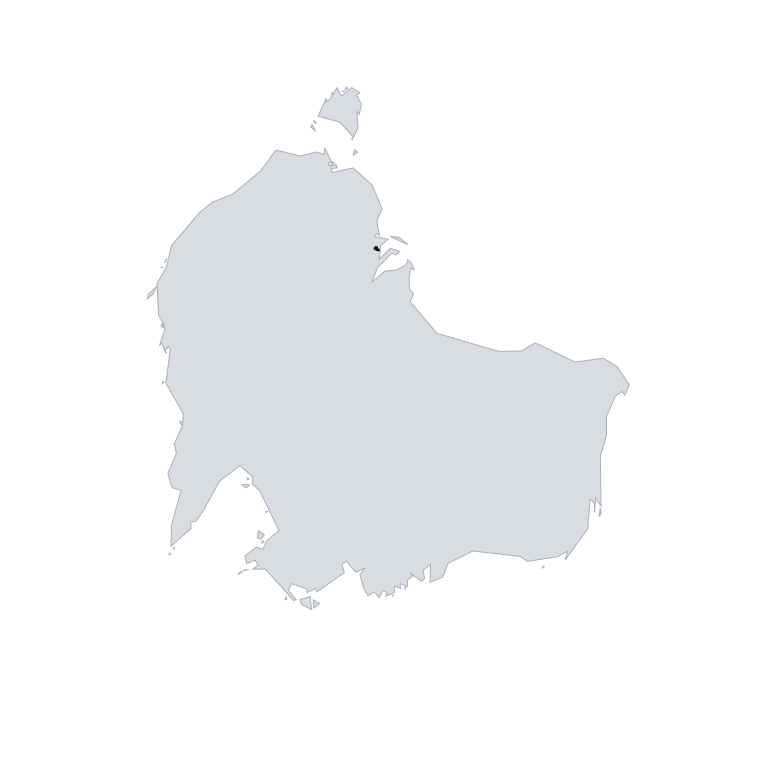 Playford, South Australia, Australia (highlighted), rotated 207°
{"feature_id": "25037944B16955456805205", "entity_name": "Playford", "entity_type": "district", "adm_level": 2, "iso_a3": "AUS", "parent_name": "Australia", "parent_adm1": "South Australia", "projection": "natural_earth1", "projection_center": [138.637, -34.694], "detail": "fine", "context": "in_parent", "style": "filled", "palette": "ink", "viewbox_px": 768, "rotation_deg": 207, "n_neighbors": 0, "source": "geoboundaries", "source_scale": "gbopen_adm2", "svg_char_len": 4923}
<svg xmlns="http://www.w3.org/2000/svg" viewBox="0 0 768 768"><g transform="rotate(207 384 384)"><path d="M509.3,161.6L516.5,197.2L525.6,195.5L535.9,206.1L537.5,227.9L543.5,235.4L544.8,255.7L549.2,266.2L578.8,285.8L590.1,317.9L593.4,319.5L594.1,313.8L600.5,319.6L601.6,316.8L604.0,333.1L607.8,337.9L616.1,343.0L631.9,370.5L630.8,388.9L636.2,411.0L626.4,452.3L620.0,467.4L605.1,484.4L590.6,518.0L586.5,543.3L561.8,549.3L549.3,560.2L541.6,561.1L543.7,567.3L532.0,558.3L533.7,556.2L533.0,553.9L530.8,553.8L526.7,557.8L523.9,555.4L528.8,551.7L526.1,548.8L509.7,562.5L484.6,555.7L465.2,539.1L464.5,526.1L455.4,514.3L459.3,514.7L459.2,511.2L446.0,514.7L449.9,506.0L444.8,493.2L440.0,507.7L430.2,509.2L431.8,504.3L436.4,504.3L442.8,484.4L441.0,469.4L434.4,485.1L424.7,491.1L418.2,500.5L419.2,505.3L415.3,504.7L408.9,499.4L412.8,499.4L410.0,490.1L403.8,479.5L398.7,478.2L397.8,469.0L359.8,453.2L296.3,465.2L276.3,476.0L267.9,489.4L223.7,490.3L200.5,506.4L184.2,505.4L165.2,494.5L164.3,483.4L168.8,485.3L172.3,478.6L171.1,456.2L162.5,439.3L158.5,418.1L135.3,373.8L143.7,378.5L138.1,365.1L142.0,373.0L148.2,375.4L136.8,347.7L142.6,309.5L144.5,318.5L151.2,308.7L175.6,291.2L184.4,292.2L229.1,275.5L245.5,253.3L244.1,238.7L252.9,228.3L260.7,244.5L264.5,235.5L259.5,229.1L260.9,225.1L275.7,227.8L271.0,226.3L274.0,219.9L271.2,214.3L279.1,213.5L276.2,209.3L282.8,208.7L280.4,202.7L286.0,195.8L286.5,199.9L291.1,199.4L291.4,191.7L298.0,194.4L302.1,188.2L309.2,192.5L318.8,203.2L317.3,211.8L323.6,203.6L337.1,209.0L339.8,204.4L333.7,197.9L349.3,168.7L352.4,170.6L357.8,163.3L359.7,166.4L375.9,164.1L375.4,157.0L364.5,151.9L366.2,150.1L405.4,165.1L416.8,159.7L414.0,165.4L418.8,168.5L424.7,161.6L429.9,167.5L423.7,180.5L416.9,181.7L417.3,191.1L411.0,205.8L446.4,232.5L456.1,235.2L459.1,241.6L475.1,246.0L486.6,222.8L487.5,189.0L489.3,176.3L493.4,173.3L490.3,167.5L500.2,143.0L509.3,161.6ZM523.2,590.0L541.9,597.3L564.4,592.7L565.2,612.8L563.8,609.2L561.4,613.5L560.4,626.7L552.6,621.3L547.3,633.4L537.7,632.4L539.7,629.0L531.4,623.3L528.3,613.0L532.0,614.9L523.5,600.6L523.2,590.0ZM346.1,150.2L357.4,150.2L360.9,153.9L353.4,161.2L346.1,150.2ZM426.2,518.9L445.2,518.3L437.1,521.6L426.2,518.9ZM427.0,189.1L429.3,196.4L422.1,195.2L423.3,190.0L427.0,189.1ZM631.0,367.3L630.7,359.0L633.6,352.1L634.7,357.1L631.0,367.3ZM559.6,578.1L565.8,579.8L565.9,582.6L559.6,578.1ZM345.0,152.4L349.0,159.5L341.8,159.1L345.0,152.4ZM516.6,579.3L513.0,578.6L515.0,573.8L516.6,579.3ZM464.9,229.5L461.5,231.7L458.0,232.9L459.7,228.8L464.9,229.5ZM135.2,371.9L132.2,367.8L131.8,364.1L132.2,363.9L135.2,371.9ZM564.4,585.3L566.8,587.2L562.2,585.7L564.4,585.3ZM606.4,334.1L609.0,334.1L608.8,337.8L606.4,334.1ZM545.7,255.4L548.7,257.6L548.2,258.8L545.7,255.4ZM552.2,628.5L552.4,631.8L550.1,630.7L552.2,628.5ZM634.6,392.1L634.7,396.7L634.3,396.6L634.6,392.1ZM374.7,149.9L372.9,147.9L374.1,146.9L374.7,149.9ZM427.2,150.3L424.5,153.9L427.7,147.6L427.2,150.3ZM635.2,386.6L633.9,388.1L634.7,386.5L635.2,386.6ZM431.5,216.8L429.9,217.5L430.8,215.8L431.5,216.8ZM421.4,188.9L419.4,189.3L420.6,187.0L421.4,188.9ZM159.6,291.4L159.1,294.4L158.2,294.1L159.6,291.4ZM496.9,141.3L496.8,143.8L496.0,142.0L496.9,141.3ZM530.8,555.1L531.3,556.6L530.6,556.1L530.8,555.1ZM423.8,155.0L420.1,157.4L423.9,154.3L423.8,155.0ZM280.6,199.1L279.3,200.8L280.1,198.8L280.6,199.1ZM553.6,626.1L552.4,626.8L553.1,625.6L553.6,626.1ZM463.2,238.1L461.2,238.1L462.2,236.6L463.2,238.1ZM273.3,212.2L272.3,213.2L272.2,210.9L273.3,212.2ZM562.9,619.2L561.2,620.2L561.8,618.4L562.9,619.2ZM498.2,134.6L497.9,136.3L496.9,135.5L498.2,134.6ZM529.8,557.1L531.4,558.6L528.8,558.2L529.8,557.1ZM582.4,285.6L581.1,285.7L581.6,283.7L582.4,285.6ZM593.0,313.5L592.3,313.5L592.8,312.0L593.0,313.5ZM524.0,587.5L523.6,588.8L523.2,587.2L524.0,587.5Z" fill="#d9dde1" stroke="#a8b0b8" stroke-width="1"/><path d="M454.0,500.8L453.9,500.8L453.9,500.7L453.7,500.7L453.4,500.6L453.2,500.5L453.2,500.4L453.3,500.4L453.2,500.4L453.3,500.4L453.3,500.2L453.2,500.1L453.1,499.9L452.8,500.0L452.7,500.3L452.6,500.5L452.2,500.4L451.9,500.2L452.0,499.9L451.9,499.9L451.7,499.9L451.7,500.0L451.4,500.1L451.2,500.1L450.9,500.1L450.7,500.2L450.4,500.2L450.2,500.2L450.1,500.3L450.1,500.2L449.9,500.2L449.9,500.3L449.9,500.2L449.9,500.3L449.7,500.3L449.6,500.5L449.4,500.6L449.2,500.8L449.1,500.7L449.0,500.8L449.2,501.0L449.3,501.0L449.5,501.1L449.6,501.3L449.7,501.5L449.8,501.5L450.0,501.6L450.7,501.4L450.9,501.5L450.9,501.4L451.2,501.0L451.8,501.3L451.5,501.9L451.6,502.0L451.6,501.9L451.7,502.0L451.7,501.9L451.8,501.9L451.9,502.0L452.0,501.9L452.2,502.0L452.2,501.9L452.3,502.0L452.3,501.9L452.3,502.0L452.4,501.9L452.5,501.7L452.6,501.8L452.7,501.7L452.7,501.8L452.7,501.7L452.7,501.8L452.8,501.8L453.0,501.8L453.0,501.7L453.0,501.8L453.0,502.0L453.3,502.2L453.5,502.3L453.5,502.2L453.5,501.9L453.5,501.7L453.7,501.4L453.8,501.4L453.8,501.2L453.9,500.9L454.0,500.8L454.0,500.8Z" fill="#0f172a" stroke="#020617" stroke-width="1.5"/></g></svg>